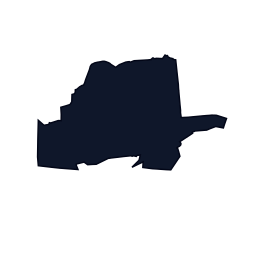 the district of Castaños, Coahuila, Mexico, rotated 306°
{"feature_id": "50627088B99449096184817", "entity_name": "Castaños", "entity_type": "district", "adm_level": 2, "iso_a3": "MEX", "parent_name": "Mexico", "parent_adm1": "Coahuila", "projection": "orthographic", "projection_center": [-101.298, 26.539], "detail": "fine", "context": "isolated", "style": "filled", "palette": "ink", "viewbox_px": 256, "rotation_deg": 306, "n_neighbors": 0, "source": "geoboundaries", "source_scale": "gbopen_adm2", "svg_char_len": 2380}
<svg xmlns="http://www.w3.org/2000/svg" viewBox="0 0 256 256"><g transform="rotate(306 128 128)"><path d="M62.1,64.4L51.4,71.9L44.8,77.6L51.4,89.3L55.3,96.1L65.0,111.9L67.4,108.1L68.2,107.3L69.0,107.8L74.6,112.5L74.6,116.9L77.8,120.8L80.0,123.6L91.9,129.9L92.9,131.0L94.0,132.1L99.6,138.2L102.3,141.1L107.2,146.6L107.6,147.9L108.3,148.5L108.8,148.6L108.9,149.0L109.9,151.4L110.7,151.4L111.2,151.5L113.4,153.8L109.4,155.5L108.3,155.9L98.6,154.3L105.2,157.8L109.5,160.2L104.8,163.2L109.4,171.6L112.2,176.0L113.3,177.8L115.3,181.0L116.3,182.6L117.0,183.7L119.3,187.2L124.8,187.0L135.6,186.6L139.0,182.4L140.0,181.0L140.2,180.9L140.4,180.5L140.5,180.4L140.6,180.1L140.7,179.8L140.7,179.6L140.5,179.4L140.4,179.3L140.4,179.2L140.5,179.1L141.2,179.2L142.5,179.9L143.7,180.4L145.2,180.6L146.4,180.1L147.1,178.9L147.3,177.9L161.7,183.3L162.1,182.3L165.1,184.1L172.6,192.9L175.8,194.8L180.8,198.1L184.1,205.1L187.0,204.1L193.6,202.1L190.3,192.2L189.1,190.3L188.3,189.3L187.8,188.5L187.8,188.4L187.6,188.3L187.4,188.0L187.3,187.9L187.2,187.8L187.1,187.6L186.4,186.9L186.2,186.6L186.0,186.4L184.1,184.1L181.5,181.1L171.9,170.2L167.7,164.9L171.1,161.6L173.3,160.0L175.1,158.4L177.2,156.5L179.4,154.6L183.5,151.0L185.8,149.0L186.4,148.5L187.2,147.8L188.2,147.0L188.5,146.7L188.8,146.4L189.5,145.8L190.2,145.2L192.7,143.2L199.2,137.3L199.3,137.2L206.3,130.9L209.4,128.1L211.2,126.5L210.2,124.7L210.1,123.7L210.5,123.5L210.0,122.5L209.8,121.8L209.4,121.3L209.3,120.1L209.0,119.0L209.1,118.6L209.6,117.8L209.7,117.1L208.7,116.1L208.8,115.1L207.9,115.1L204.4,115.1L200.9,109.8L200.5,109.8L200.1,109.2L199.5,108.4L199.4,107.0L198.8,106.7L198.0,106.7L197.6,106.4L197.0,106.6L195.3,104.7L194.9,104.3L186.0,93.4L185.2,92.9L184.5,92.4L183.6,91.9L183.4,91.7L182.8,91.3L182.5,90.7L182.5,90.1L181.8,89.3L179.9,87.4L174.2,83.8L169.8,82.4L169.4,76.7L169.6,75.5L169.4,73.8L169.3,73.5L168.6,71.0L168.0,69.5L166.8,68.0L165.7,67.1L163.2,64.6L161.1,62.8L160.5,62.5L158.2,61.3L158.1,61.2L155.7,61.3L152.6,62.5L151.9,62.7L146.0,64.3L142.3,65.3L139.1,66.4L137.3,66.7L136.5,66.9L135.6,65.9L132.9,64.7L129.1,63.8L128.0,62.9L127.8,63.0L125.8,64.4L125.7,64.4L124.1,64.5L122.2,63.0L116.2,67.1L112.9,67.3L109.1,64.5L105.3,61.5L99.8,66.0L94.7,69.6L93.0,67.2L86.6,62.5L86.1,61.3L84.3,61.8L80.8,58.4L81.5,50.9L80.1,51.9L77.8,53.5L70.7,58.4L65.8,61.8L62.1,64.4Z" fill="#0f172a" stroke="#020617" stroke-width="1.5"/></g></svg>